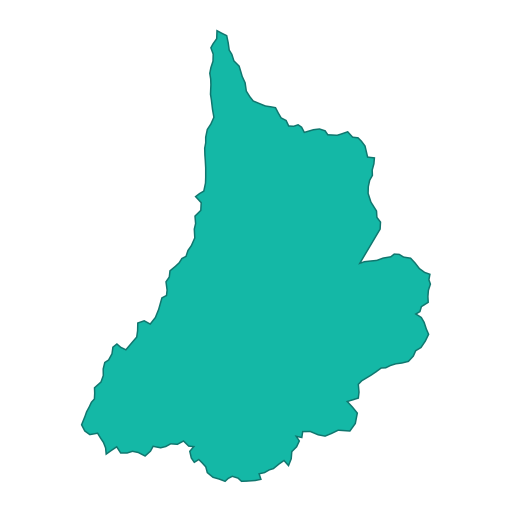 the district of Mandirituba, Paraná, Brazil
{"feature_id": "56859067B10797338801993", "entity_name": "Mandirituba", "entity_type": "district", "adm_level": 2, "iso_a3": "BRA", "parent_name": "Brazil", "parent_adm1": "Paraná", "projection": "mercator", "projection_center": [-49.327, -25.815], "detail": "fine", "context": "isolated", "style": "filled", "palette": "teal", "viewbox_px": 512, "rotation_deg": 0, "n_neighbors": 0, "source": "geoboundaries", "source_scale": "gbopen_adm2", "svg_char_len": 2846}
<svg xmlns="http://www.w3.org/2000/svg" viewBox="0 0 512 512"><path d="M288.5,465.6L291.2,458.8L291.8,451.6L296.6,446.8L299.3,441.0L296.2,436.3L301.8,437.5L302.7,431.6L310.3,431.5L318.2,434.8L325.1,436.1L331.4,433.5L338.2,430.2L349.9,431.0L355.3,423.5L357.3,413.1L352.6,407.3L347.2,401.5L358.3,398.1L359.0,392.2L358.3,384.3L361.8,380.7L371.3,375.0L376.7,371.3L381.2,368.0L385.7,367.8L390.4,365.5L395.8,363.8L401.9,363.0L408.4,361.4L413.3,356.1L415.7,350.7L421.0,347.5L425.3,341.1L428.6,334.3L426.3,329.0L424.1,322.3L421.3,317.5L415.8,314.0L419.9,311.6L421.4,306.6L428.2,302.3L427.9,296.5L428.4,290.3L430.4,284.1L428.9,279.8L429.9,274.3L424.6,272.4L419.4,268.6L414.9,262.8L410.6,258.2L403.6,257.1L399.2,254.4L394.2,254.1L390.8,256.8L383.1,258.1L376.9,260.4L369.9,261.1L364.5,261.7L359.8,263.3L380.1,229.1L380.5,222.1L376.9,217.4L376.5,211.0L370.9,202.1L368.1,193.4L368.3,186.6L369.7,180.2L372.4,175.4L372.2,170.0L373.9,163.8L374.4,157.9L367.6,157.1L365.0,146.0L361.4,141.2L358.0,137.8L352.6,137.2L347.7,131.8L341.3,134.0L337.1,135.3L332.0,135.0L327.8,134.8L325.1,130.8L319.5,129.0L313.5,129.7L304.3,132.4L301.6,127.2L298.1,124.8L293.7,126.3L288.7,126.0L286.1,120.5L281.1,117.9L278.3,113.1L275.5,107.7L270.7,106.8L265.4,106.0L259.5,103.6L253.2,101.0L249.8,96.7L246.3,91.1L245.1,82.8L242.2,76.5L240.8,71.7L239.1,66.1L233.9,60.9L231.8,54.3L229.2,50.1L228.2,42.9L226.7,35.7L221.9,33.3L217.0,30.7L216.7,38.7L213.0,43.9L210.9,47.8L213.2,54.1L213.0,61.2L210.9,67.6L209.8,73.3L210.7,79.0L210.9,84.8L210.5,94.3L211.4,100.0L212.5,109.3L213.9,117.3L210.9,124.0L207.3,129.5L205.7,137.2L205.7,142.9L204.7,148.2L204.9,155.0L205.3,160.6L205.7,167.9L205.7,177.5L205.5,183.1L203.8,191.1L199.5,193.6L195.6,196.6L201.2,202.7L200.8,210.4L195.0,216.1L195.6,223.6L194.3,229.1L194.8,237.9L191.4,245.6L188.0,250.4L186.0,256.4L181.9,258.5L179.2,262.8L175.1,266.6L170.0,270.8L169.3,277.0L166.0,281.8L167.1,290.1L166.5,295.5L161.9,297.9L160.1,304.3L158.7,309.3L155.4,317.5L150.2,324.1L144.2,320.8L137.8,323.0L137.6,330.8L136.7,337.1L131.8,342.8L125.9,349.8L120.7,347.3L116.9,344.0L112.9,347.2L112.0,353.8L108.6,360.0L104.8,362.5L103.2,368.9L103.3,375.6L101.0,382.0L94.5,387.8L94.7,393.3L94.4,399.0L91.4,402.3L89.3,406.8L86.6,411.8L85.1,416.1L81.6,424.8L84.8,431.0L89.8,434.6L97.6,433.2L100.5,438.0L103.5,442.5L105.6,447.9L106.2,454.1L110.8,450.8L116.7,446.8L120.7,453.0L127.1,453.0L132.5,451.3L138.3,452.5L145.1,456.0L150.5,451.1L153.1,446.3L160.6,447.8L165.8,446.5L170.7,443.8L177.4,444.3L183.5,441.0L188.7,446.1L193.8,446.6L189.8,451.3L191.3,458.0L194.3,462.3L198.8,459.5L202.2,462.9L205.8,466.9L207.3,472.6L213.0,477.3L219.0,479.0L225.1,481.3L228.2,478.4L232.3,476.3L238.0,478.1L241.5,481.3L246.7,481.1L255.2,480.5L260.9,479.3L259.1,473.8L264.5,472.6L269.4,469.8L273.4,468.6L279.0,464.0L284.0,460.5L288.5,465.6Z" fill="#14b8a6" stroke="#0f766e" stroke-width="1.5"/></svg>